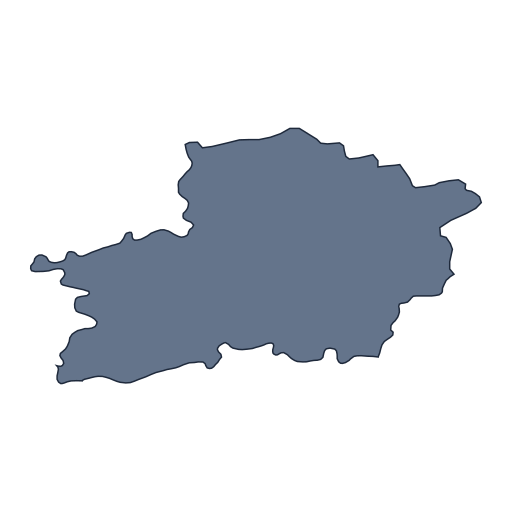 the district of Klimavichy, Mogilev, Belarus
{"feature_id": "67162791B58533541453403", "entity_name": "Klimavichy", "entity_type": "district", "adm_level": 2, "iso_a3": "BLR", "parent_name": "Belarus", "parent_adm1": "Mogilev", "projection": "equal_earth", "projection_center": [31.953, 53.607], "detail": "fine", "context": "isolated", "style": "filled", "palette": "slate", "viewbox_px": 512, "rotation_deg": 0, "n_neighbors": 0, "source": "geoboundaries", "source_scale": "gbopen_adm2", "svg_char_len": 4556}
<svg xmlns="http://www.w3.org/2000/svg" viewBox="0 0 512 512"><path d="M454.0,274.2L449.7,269.0L449.7,261.7L452.4,249.3L450.3,243.6L446.1,237.4L440.5,235.8L439.8,227.6L450.9,220.3L467.0,213.1L475.9,208.2L481.3,202.6L479.5,196.9L475.4,193.6L471.4,191.3L466.5,190.3L465.1,188.7L465.6,184.1L458.4,179.8L449.0,180.8L439.2,182.7L434.7,185.1L424.5,186.7L415.5,187.7L412.4,185.7L409.7,178.8L406.1,173.5L403.0,169.2L399.8,164.6L394.9,165.3L387.3,165.9L377.9,166.9L377.9,160.7L373.0,154.7L364.5,156.7L358.7,158.0L349.3,159.0L345.8,156.4L344.4,151.1L343.5,145.8L339.5,142.9L327.4,143.9L320.7,143.2L316.7,139.2L310.4,135.3L299.3,128.4L289.9,128.4L280.5,133.7L270.3,137.3L259.1,139.6L249.3,139.6L239.4,139.9L227.4,142.9L212.2,146.5L202.4,147.8L197.5,142.2L189.4,142.5L185.2,144.5L186.1,149.3L187.1,153.0L187.9,155.1L188.7,157.1L190.4,159.5L191.6,161.0L192.2,163.1L191.8,165.5L191.0,167.5L189.3,169.8L187.1,171.7L185.1,173.9L183.2,176.3L180.1,179.6L178.7,181.5L178.2,184.8L178.5,188.4L178.5,192.3L179.7,194.2L182.2,196.6L184.9,198.4L187.2,200.3L188.6,203.0L188.2,206.0L187.5,208.4L185.8,210.9L185.0,211.8L183.3,213.4L183.0,216.2L183.4,218.1L186.3,220.3L188.8,221.3L190.9,222.1L191.9,223.1L193.6,225.0L192.4,227.6L189.8,229.5L188.5,232.0L188.2,233.8L187.1,235.4L184.3,236.7L181.3,237.2L178.4,236.4L173.7,234.2L171.0,232.5L168.4,231.1L164.0,229.8L160.5,229.9L156.0,231.3L151.0,233.3L147.6,235.9L144.2,237.7L140.9,239.3L137.0,240.1L134.5,240.1L132.7,238.7L132.1,236.4L132.1,234.5L131.3,232.5L129.6,232.3L126.4,233.3L125.3,234.7L123.6,238.5L121.5,241.3L119.8,243.2L115.5,244.6L111.8,245.5L108.1,246.8L103.2,248.0L99.3,249.6L91.8,252.3L86.1,254.9L82.6,256.2L79.5,256.2L77.2,255.2L76.0,253.7L74.1,252.3L71.3,251.7L69.0,251.8L67.6,252.9L66.5,255.3L65.6,258.3L64.7,259.8L62.7,261.0L60.2,261.8L57.0,262.6L54.4,262.8L51.2,262.3L49.1,261.4L47.8,259.5L47.3,258.4L46.0,256.8L42.0,255.0L41.9,255.0L39.0,255.1L36.3,256.7L34.7,258.8L34.0,261.9L32.5,263.9L30.8,265.9L30.7,268.7L31.6,270.7L35.2,271.6L43.3,271.4L48.9,270.8L53.3,269.4L57.4,268.7L61.0,268.8L63.2,269.7L64.8,272.8L64.8,274.6L63.7,276.7L62.7,278.0L61.5,279.3L60.4,281.1L61.3,284.0L62.9,285.0L70.1,286.8L73.2,287.4L75.6,288.0L80.2,289.0L83.5,289.7L86.0,290.6L88.8,291.4L89.3,293.7L87.1,295.6L81.1,296.5L77.4,297.4L75.6,299.2L74.6,304.2L74.8,307.8L76.3,311.1L78.6,312.3L84.8,314.2L88.9,315.8L91.7,317.1L94.6,319.1L97.0,321.9L96.6,324.3L95.2,326.5L91.8,328.1L88.2,328.6L84.9,328.6L82.0,329.5L77.7,330.6L74.7,332.4L72.1,334.3L69.8,337.8L69.2,341.6L67.3,346.2L65.5,349.0L62.5,351.7L60.4,353.4L59.9,355.6L61.1,358.0L63.1,360.5L63.7,363.4L62.4,365.5L60.8,366.3L58.2,366.1L56.7,365.7L57.9,367.1L58.4,369.3L57.7,373.1L57.1,375.8L57.1,379.3L58.6,382.1L60.8,383.6L62.3,383.5L64.4,382.9L67.2,381.8L71.1,380.9L76.4,380.7L81.5,380.8L82.1,380.9L82.1,380.6L84.4,379.3L88.6,378.3L91.2,377.6L95.0,376.7L98.1,376.3L102.4,376.4L105.7,377.2L109.4,378.3L113.2,379.9L117.0,381.4L120.2,382.3L125.7,382.9L130.3,382.6L134.3,381.2L138.7,379.4L145.8,376.8L151.2,374.4L156.0,372.5L163.4,370.6L167.0,369.5L171.0,368.8L175.7,367.8L179.2,366.6L183.5,364.7L189.2,362.8L194.5,362.5L198.2,361.9L202.9,362.0L205.1,363.6L205.8,365.6L207.2,367.9L209.5,368.5L211.6,368.2L213.7,366.7L215.5,364.5L217.7,362.4L219.5,359.5L221.5,357.1L220.9,354.3L218.6,352.0L217.4,349.7L217.6,348.1L219.2,345.8L221.6,344.2L223.8,343.0L225.5,342.6L228.6,344.4L230.5,346.6L232.9,348.1L238.6,349.4L242.3,349.6L247.7,349.1L252.4,348.5L256.1,347.3L258.5,346.7L261.5,345.8L264.2,344.8L266.2,343.8L268.7,343.2L271.2,343.0L272.9,343.6L273.7,345.3L273.5,347.1L272.8,349.6L272.7,351.4L273.0,353.1L273.9,354.1L275.8,355.0L277.5,354.8L279.5,353.6L281.1,352.8L283.7,352.6L287.4,354.7L289.3,356.6L291.4,358.5L294.5,360.4L297.3,361.5L302.9,361.9L306.5,361.8L310.6,360.9L313.9,360.4L317.4,360.2L320.7,359.4L322.9,357.3L323.8,353.0L324.7,350.5L326.3,348.8L330.0,348.1L334.8,349.1L336.4,350.8L337.1,354.0L337.2,356.0L337.2,358.7L338.7,361.8L340.5,363.2L342.4,363.4L345.4,362.6L349.1,360.4L350.4,359.0L353.9,356.4L357.1,355.8L361.2,355.7L367.6,356.2L373.0,356.4L378.2,357.0L378.2,356.8L379.7,352.9L380.8,348.5L382.0,344.8L384.3,341.5L386.9,339.6L390.5,337.2L392.8,335.0L393.1,332.2L390.7,330.0L391.0,325.4L393.1,322.6L395.1,320.8L397.6,317.3L398.5,315.1L399.4,312.0L399.2,308.7L398.7,306.3L399.4,304.1L401.3,303.3L403.9,303.0L407.5,302.1L410.1,299.6L411.2,298.1L413.3,296.2L416.6,295.9L419.6,295.9L426.6,295.9L431.8,295.9L435.4,295.5L439.1,294.8L441.5,293.1L442.3,291.8L442.5,288.1L444.5,283.6L446.2,280.2L447.9,278.8L450.1,276.7L454.0,274.2Z" fill="#64748b" stroke="#1e293b" stroke-width="1.5"/></svg>